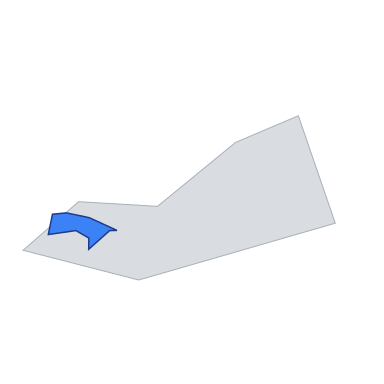 Anse Royale highlighted on a map of Seychelles, rotated 106°
{"feature_id": "SYC-5202", "entity_name": "Anse Royale", "entity_type": "state/province", "adm_level": 1, "iso_a3": "SYC", "parent_name": "Seychelles", "parent_adm1": "", "projection": "albers", "projection_center": [55.515, -4.746], "detail": "fine", "context": "in_parent", "style": "filled", "palette": "blue", "viewbox_px": 384, "rotation_deg": 106, "n_neighbors": 0, "source": "natural_earth", "source_scale": "10m", "svg_char_len": 459}
<svg xmlns="http://www.w3.org/2000/svg" viewBox="0 0 384 384"><g transform="rotate(106 192 192)"><path d="M291.3,219.0L294.6,338.3L232.6,298.4L215.3,221.2L132.3,163.8L89.4,110.8L182.5,45.7L291.3,219.0Z" fill="#d9dde1" stroke="#a8b0b8" stroke-width="1"/><path d="M275.5,275.5L264.7,278.5L261.1,293.0L272.5,318.4L251.8,320.0L246.7,307.0L245.0,283.7L245.8,278.4L249.6,253.5L251.8,260.5L275.5,275.5Z" fill="#3b82f6" stroke="#1e3a8a" stroke-width="1.5"/></g></svg>